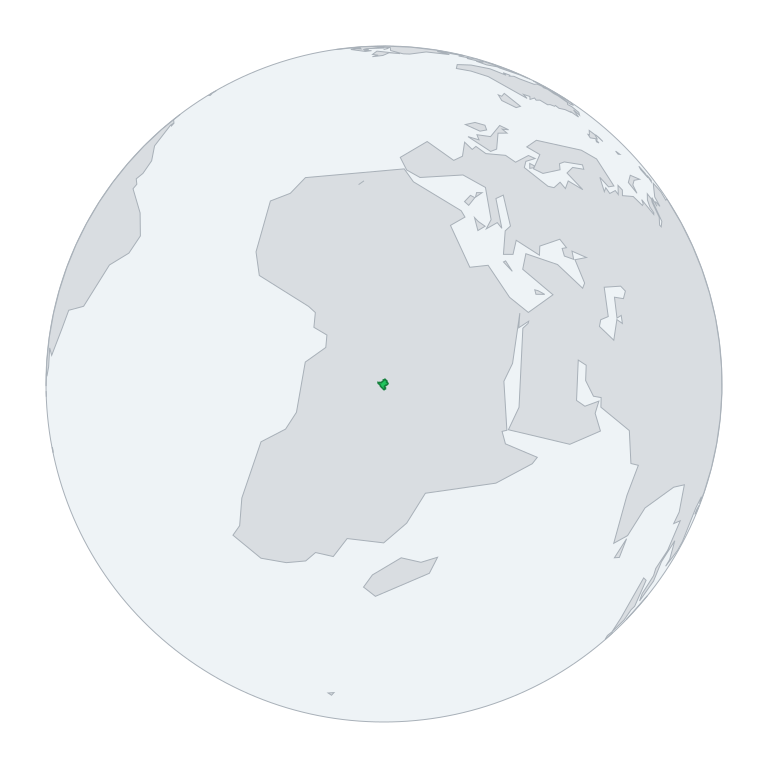 globe centered on Basse-Kotto, rotated 41°
{"feature_id": "CAF-794", "entity_name": "Basse-Kotto", "entity_type": "Prefecture", "adm_level": 1, "iso_a3": "CAF", "parent_name": "Central African Republic", "parent_adm1": "", "projection": "orthographic", "projection_center": [21.411, 4.979], "detail": "fine", "context": "on_globe", "style": "filled", "palette": "green", "viewbox_px": 768, "rotation_deg": 41, "n_neighbors": 0, "source": "natural_earth", "source_scale": "10m", "svg_char_len": 8577}
<svg xmlns="http://www.w3.org/2000/svg" viewBox="0 0 768 768"><g transform="rotate(41 384 384)"><circle cx="384" cy="384" r="338" fill="#eef3f6" stroke="#a8b0b8"/><path d="M264.7,67.8L264.0,68.1L262.3,68.8L264.7,67.8ZM226.0,85.3L229.2,83.6L228.3,84.3L220.5,89.1L209.8,95.4L206.0,98.1L217.2,92.5L198.0,105.7L187.0,118.1L181.9,122.2L170.3,128.0L168.0,126.0L153.0,137.6L163.8,130.2L150.9,142.3L149.2,144.8L150.6,144.8L155.9,140.6L151.7,145.3L139.5,153.3L143.1,149.1L146.9,146.2L145.7,145.9L137.4,153.3L131.5,159.8L128.0,163.4L145.2,144.9L163.7,127.8L183.4,112.1L204.2,97.9L226.0,85.3ZM53.4,314.1L51.8,322.5L54.2,324.8L53.1,329.0L54.6,354.8L62.2,368.0L63.9,383.2L62.4,391.7L66.4,395.4L66.5,401.3L87.7,414.9L103.0,432.1L105.6,452.6L98.7,474.3L106.3,522.4L97.7,535.2L104.9,554.2L114.4,580.4L108.0,576.1L119.5,590.9L123.9,598.3L122.3,597.6L130.4,607.2L129.9,606.8L114.7,588.1L100.8,568.4L88.4,547.7L77.5,526.2L68.1,504.0L60.3,481.1L54.2,457.8L49.8,434.1L47.1,410.1L46.1,386.0L46.8,361.9L49.2,337.9L53.4,314.1ZM133.7,611.0L136.1,613.6L137.5,615.2L133.7,611.0ZM285.1,61.2L286.0,60.7L291.3,59.2L285.1,61.2ZM305.1,55.4L302.6,56.2L297.8,57.5L301.0,56.4L305.1,55.4ZM337.0,49.5L324.3,51.6L320.1,52.2L333.1,49.9L337.0,49.5ZM177.0,651.1L175.0,649.2L177.6,651.1L179.5,652.9L177.0,651.1ZM696.8,256.2L698.6,261.5L700.8,267.4L697.5,260.8L700.6,272.9L712.5,306.9L714.7,317.0L716.1,336.8L714.8,329.2L706.3,311.5L710.0,336.1L716.7,355.9L719.2,380.1L716.4,372.9L713.2,351.8L710.1,344.9L707.2,323.5L697.3,292.9L694.2,299.3L690.8,287.0L676.8,263.0L670.3,271.9L662.3,306.3L667.3,338.6L661.9,353.5L640.4,308.6L629.3,278.5L622.5,282.0L599.7,258.2L562.9,259.2L556.8,251.8L550.1,255.8L533.9,249.1L524.3,237.2L514.9,238.5L540.1,270.1L550.2,269.0L557.4,255.9L562.6,267.6L578.2,277.5L563.8,307.6L507.9,336.9L501.2,313.0L452.2,250.8L453.0,243.8L452.7,243.0L452.0,241.7L448.8,253.1L440.0,241.4L467.5,284.1L472.7,303.3L507.1,338.3L504.2,342.3L514.9,349.5L547.8,338.8L548.2,346.9L533.5,385.4L486.9,439.3L492.4,474.1L488.0,504.1L457.6,524.8L458.9,547.5L442.9,556.1L441.0,568.9L427.5,582.9L405.4,596.2L369.2,597.2L368.0,585.6L351.5,563.3L329.1,508.3L339.3,482.6L336.5,462.8L310.2,419.1L316.1,394.6L308.8,384.5L293.9,387.2L285.3,375.1L276.2,374.9L218.7,383.9L200.7,368.2L178.2,320.4L188.2,301.5L189.3,279.8L258.1,208.4L273.5,212.1L328.6,202.6L335.6,204.9L330.1,220.7L372.2,239.6L384.7,226.1L421.9,236.2L446.0,235.3L453.0,205.8L413.4,206.4L405.6,192.6L436.6,180.0L471.1,181.4L469.2,176.2L446.6,164.9L453.8,155.7L438.7,160.4L445.4,165.5L436.2,169.1L429.5,164.8L432.3,161.4L421.7,159.4L411.1,177.7L416.8,184.8L389.5,188.8L396.3,201.5L389.1,207.8L375.0,188.9L375.8,181.8L350.1,163.2L346.8,170.6L370.8,189.2L363.6,187.9L359.4,199.8L357.0,189.7L331.6,169.1L306.5,174.4L275.7,204.5L260.7,207.6L247.6,202.3L257.5,172.7L289.9,169.5L293.8,160.6L286.2,148.6L296.7,149.1L297.5,144.4L309.7,143.3L325.7,131.7L337.8,130.3L343.1,116.8L350.1,114.7L345.0,122.9L347.9,128.6L378.0,127.2L383.5,124.3L384.5,116.2L392.7,117.5L389.8,109.9L406.6,106.9L383.7,104.7L384.3,96.8L393.9,90.9L390.0,88.4L374.4,98.1L371.9,102.6L376.3,106.8L365.8,120.8L355.7,123.5L351.1,108.6L336.2,111.4L339.1,100.1L379.5,78.1L396.8,74.7L427.6,83.7L424.1,87.9L411.3,86.4L424.1,94.3L422.6,90.4L429.4,92.1L431.6,86.3L436.5,87.3L430.3,80.6L436.6,81.2L440.4,85.4L449.1,79.0L461.9,79.7L461.5,78.0L457.5,75.8L476.4,79.1L475.2,77.7L468.6,76.0L462.1,72.3L457.9,67.7L464.6,69.0L467.1,70.9L482.3,77.6L487.8,83.3L490.1,83.5L487.0,79.0L468.4,70.6L463.9,67.5L473.4,70.8L469.6,69.4L469.5,68.3L475.7,68.9L465.6,65.2L455.5,55.9L466.5,57.2L476.1,60.4L476.1,58.9L478.7,59.6L502.7,67.6L526.0,77.4L548.6,88.9L570.2,102.0L590.8,116.7L610.2,133.0L628.4,150.6L645.1,169.5L660.5,189.7L674.2,210.9L686.4,233.1L696.8,256.2ZM235.6,243.8L234.0,250.2L235.6,243.8ZM508.8,199.2L528.7,200.2L517.5,182.6L524.2,181.9L518.0,176.6L516.6,181.4L501.0,167.3L508.7,162.5L505.2,155.5L498.4,154.9L486.7,166.5L509.0,186.0L505.4,193.3L508.8,199.2ZM54.4,324.6L54.3,328.8L53.5,328.4L54.4,324.6ZM63.7,277.8L63.5,280.2L62.6,281.0L63.7,277.8ZM65.0,272.6L63.8,276.7L62.7,279.2L65.0,272.6ZM151.6,141.8L152.5,141.3L152.7,142.4L150.3,144.0L151.6,141.8ZM167.6,136.8L160.5,144.6L163.9,139.7L159.1,142.8L160.3,137.4L179.4,124.1L170.5,130.7L167.6,136.8ZM167.2,127.7L164.3,131.8L166.8,127.9L167.2,127.7ZM290.4,122.5L294.8,124.9L290.6,130.2L275.2,134.8L281.1,126.9L290.4,122.5ZM302.1,127.4L301.7,113.0L311.3,110.4L306.0,114.1L312.3,113.9L305.5,119.9L314.9,132.8L311.9,138.5L285.1,142.2L295.5,137.4L290.6,134.9L302.1,127.4ZM284.1,89.6L284.1,85.8L304.8,84.9L302.4,88.7L286.9,92.8L280.6,90.8L284.1,89.6ZM255.2,71.8L253.9,72.2L256.6,71.1L260.0,69.9L255.2,71.8ZM294.0,58.3L292.9,58.6L294.0,58.3ZM288.3,59.9L292.1,58.9L282.3,61.8L285.1,61.1L264.0,69.6L261.4,70.3L252.1,75.8L241.7,79.9L248.0,76.0L233.0,83.9L234.5,82.0L225.1,87.5L240.3,78.3L241.1,77.8L244.2,76.6L253.8,72.7L258.2,70.8L271.2,65.5L273.6,64.6L288.3,59.9ZM355.2,52.8L347.2,52.8L355.7,54.9L345.8,56.0L347.4,56.2L340.7,58.1L335.2,61.1L330.6,61.4L330.5,62.5L326.0,64.2L324.3,65.9L315.4,67.5L312.6,70.0L310.0,69.4L307.5,73.4L305.4,71.3L299.3,73.9L304.6,74.6L261.0,83.6L244.3,90.8L231.6,98.4L229.7,94.9L240.4,86.2L257.2,76.6L273.5,70.9L269.7,70.9L276.4,68.4L276.6,69.4L280.3,66.5L285.8,64.9L300.8,59.3L302.6,57.3L308.1,55.6L310.2,55.7L314.2,54.2L321.9,53.4L326.0,52.4L337.7,51.2L339.2,52.6L343.7,51.5L352.8,51.2L355.2,52.8ZM340.1,49.1L344.3,49.4L340.9,50.6L322.1,52.4L317.3,53.4L305.0,55.6L310.2,54.2L313.2,53.6L317.3,52.8L314.0,53.5L319.7,52.3L324.1,51.6L329.7,50.7L329.5,50.9L340.1,49.1ZM343.1,199.0L348.5,199.5L356.8,198.6L354.2,206.6L343.1,199.0ZM325.5,184.9L330.3,183.8L330.7,193.6L325.1,193.5L325.5,184.9ZM332.5,175.3L330.5,183.0L328.3,178.8L332.5,175.3ZM349.3,121.9L354.4,120.7L355.1,122.6L352.5,125.6L349.3,121.9ZM378.2,62.9L374.2,61.8L375.6,61.2L372.5,58.0L379.5,57.5L384.2,59.2L378.2,62.9ZM446.5,210.9L439.8,216.6L436.0,214.0L439.1,212.5L446.5,210.9ZM395.0,211.3L406.9,214.8L394.1,213.5L395.0,211.3ZM385.4,61.8L383.3,60.4L388.1,61.1L385.4,61.8ZM384.5,57.0L390.1,57.4L380.0,57.1L384.5,57.0ZM548.7,649.7L548.6,653.3L544.5,653.9L548.7,649.7ZM542.4,497.1L516.8,549.9L501.8,550.7L500.5,535.7L511.0,503.9L528.9,494.3L538.1,479.6L542.4,497.1ZM718.6,431.1L718.3,431.1L717.6,427.2L718.7,421.3L719.7,422.2L719.7,422.4L718.6,431.1ZM718.6,421.2L716.4,405.5L707.2,360.0L710.6,360.2L719.0,387.3L718.6,392.3L720.0,404.7L718.6,421.2ZM721.4,402.9L721.4,401.8L721.6,382.8L721.6,373.1L721.7,373.3L721.7,370.8L721.4,402.9ZM668.6,341.6L675.4,360.5L671.9,364.0L668.6,341.6ZM704.1,276.7L704.1,278.5L702.4,273.7L701.4,268.7L704.1,276.7ZM442.6,61.8L439.1,66.2L441.2,70.5L449.8,74.1L436.2,71.6L432.9,64.9L442.6,61.8ZM453.2,56.1L445.6,54.0L449.8,54.5L452.1,55.0L453.2,56.1ZM448.0,55.2L437.2,53.8L433.5,52.5L442.8,53.7L448.0,55.2ZM411.4,55.9L409.9,57.0L406.0,56.3L411.4,55.9Z" fill="#d9dde1" stroke="#a8b0b8" stroke-width="1"/><path d="M379.3,387.4L379.1,387.3L379.0,387.2L378.4,386.7L378.9,386.4L379.1,386.3L379.4,386.0L379.8,385.4L380.1,385.2L380.4,385.1L380.5,385.1L380.8,385.1L381.0,385.0L381.0,384.9L381.0,384.7L381.0,384.3L381.0,384.2L381.2,383.9L381.2,383.7L381.0,383.3L381.0,383.2L381.1,382.9L381.3,382.7L381.4,382.0L381.3,381.7L381.5,381.4L381.5,381.2L381.4,381.0L381.3,380.9L381.2,380.9L381.3,380.8L381.3,380.7L381.6,380.7L381.7,380.4L381.9,380.2L381.9,379.9L381.8,379.7L382.0,379.7L382.1,379.8L382.3,380.0L382.5,380.0L382.6,379.9L382.9,380.0L383.0,380.0L383.3,379.9L383.5,379.7L383.7,379.8L383.8,379.8L383.8,379.7L384.0,379.7L384.1,379.8L384.3,379.9L384.3,380.0L384.5,380.3L384.4,380.4L384.4,380.5L384.6,380.7L384.6,380.8L384.8,380.9L384.9,381.1L385.0,381.1L385.3,381.0L385.5,380.6L386.0,380.7L386.4,380.8L386.9,381.1L386.9,381.4L386.9,381.5L386.9,381.8L386.8,382.5L386.8,382.8L386.7,382.9L386.6,383.0L386.3,383.3L386.2,383.4L386.3,383.5L386.5,383.7L386.5,383.8L386.4,383.9L386.2,384.2L386.2,384.3L386.1,384.9L386.1,385.0L386.0,385.3L386.0,385.5L385.9,385.5L386.0,385.7L386.3,385.7L386.4,385.8L386.6,385.9L386.8,385.9L386.8,386.0L387.0,386.0L386.9,386.1L387.0,386.2L387.0,386.3L387.2,386.5L387.3,386.7L387.5,386.7L387.8,386.6L388.0,386.6L388.3,386.7L388.2,387.0L388.0,387.3L387.9,387.6L387.9,388.0L387.7,388.2L387.7,388.3L387.4,388.3L387.2,388.4L386.8,388.4L386.7,388.3L386.5,388.2L386.4,388.2L386.2,388.2L385.9,388.0L385.6,388.0L385.4,388.0L384.7,388.3L384.4,388.2L384.0,388.2L383.9,388.2L383.7,388.1L383.4,387.9L383.2,387.8L383.0,388.0L382.9,388.0L382.7,388.0L382.5,387.9L382.4,387.8L382.2,387.7L382.0,387.4L381.9,387.4L381.4,387.2L380.8,387.1L380.6,387.1L380.4,387.2L380.4,387.3L380.2,387.3L379.8,387.3L379.3,387.4Z" fill="#22c55e" stroke="#15803d" stroke-width="1.5"/></g></svg>